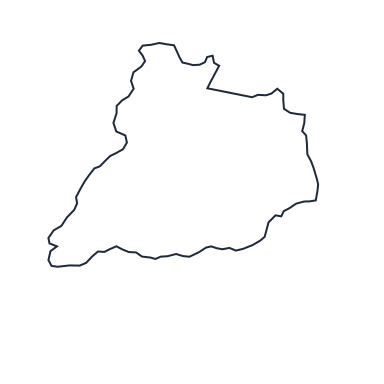 outline of São José da Vitória, Bahia, Brazil, rotated 28°
{"feature_id": "56859067B6740167587731", "entity_name": "São José da Vitória", "entity_type": "district", "adm_level": 2, "iso_a3": "BRA", "parent_name": "Brazil", "parent_adm1": "Bahia", "projection": "robinson", "projection_center": [-39.357, -15.083], "detail": "fine", "context": "isolated", "style": "outline", "palette": "slate", "viewbox_px": 384, "rotation_deg": 28, "n_neighbors": 0, "source": "geoboundaries", "source_scale": "gbopen_adm2", "svg_char_len": 1524}
<svg xmlns="http://www.w3.org/2000/svg" viewBox="0 0 384 384"><g transform="rotate(28 192 192)"><path d="M220.2,250.3L226.3,242.0L230.5,234.5L234.5,231.0L239.9,230.1L245.7,228.3L251.3,223.8L258.3,223.1L263.8,218.2L270.3,210.6L275.0,203.0L277.2,197.5L275.7,190.8L273.8,182.9L276.7,173.4L282.2,171.6L282.0,165.8L285.4,160.9L289.5,153.3L295.4,147.8L300.2,145.1L305.2,141.3L302.6,133.1L299.9,126.2L295.9,121.6L291.9,117.6L288.4,114.0L282.9,109.1L276.1,104.5L270.6,95.1L266.2,88.5L260.7,86.5L258.8,78.5L255.4,70.9L248.4,73.7L241.5,76.0L234.2,75.4L229.2,67.6L226.5,62.4L218.8,60.8L215.9,67.8L211.9,71.9L204.7,75.2L200.6,80.1L156.9,93.2L156.7,86.7L156.7,67.8L150.8,67.6L146.2,62.0L142.0,65.7L142.5,71.3L139.0,76.0L133.4,79.5L128.1,80.7L122.8,82.2L117.7,78.9L113.2,75.4L107.3,70.9L99.6,73.7L93.1,75.8L86.7,81.3L79.7,85.9L78.8,92.2L84.3,94.7L89.1,98.4L88.4,105.0L84.1,113.8L86.0,122.5L92.0,128.2L91.1,137.5L87.3,143.8L85.1,151.4L88.4,157.8L90.2,167.9L96.7,174.1L106.6,173.4L111.3,178.9L111.0,186.6L106.5,193.6L102.8,198.7L100.6,205.7L98.5,212.7L94.7,217.0L93.2,225.6L92.3,232.4L92.0,241.4L92.0,250.9L95.9,256.0L96.4,263.1L93.5,273.2L92.6,283.2L87.9,290.8L86.8,300.0L90.3,304.3L98.3,303.4L94.8,310.7L97.2,319.5L102.7,323.2L108.6,321.0L113.1,317.9L118.2,314.4L127.4,309.7L131.8,304.3L134.2,295.5L136.9,288.7L142.8,286.0L146.0,281.4L150.8,275.4L157.2,275.4L164.4,274.7L171.0,271.6L178.2,272.5L186.0,269.4L191.1,268.3L194.8,263.7L200.4,260.3L207.1,254.2L214.2,252.8L220.2,250.3Z" fill="none" stroke="#1e293b" stroke-width="2"/></g></svg>